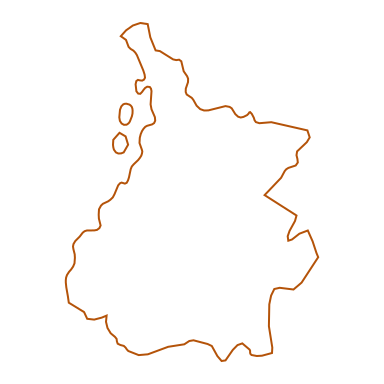 the border of Hautes-Pyrénées
{"feature_id": "FRA-5305", "entity_name": "Hautes-Pyrénées", "entity_type": "Metropolitan department", "adm_level": 1, "iso_a3": "FRA", "parent_name": "France", "parent_adm1": "", "projection": "albers", "projection_center": [0.066, 43.14], "detail": "fine", "context": "isolated", "style": "outline", "palette": "amber", "viewbox_px": 384, "rotation_deg": 0, "n_neighbors": 0, "source": "natural_earth", "source_scale": "10m", "svg_char_len": 2884}
<svg xmlns="http://www.w3.org/2000/svg" viewBox="0 0 384 384"><path d="M94.2,319.6L87.2,318.8L84.1,312.1L68.8,302.7L67.9,296.4L66.3,287.3L65.8,282.5L65.8,280.1L66.1,277.6L67.0,275.0L69.0,271.9L71.1,269.5L73.1,266.6L74.5,263.3L74.9,257.8L74.7,254.3L73.4,249.1L73.0,246.5L73.5,244.0L75.3,241.0L79.7,236.6L82.7,232.7L84.6,231.2L86.8,230.5L94.3,230.4L97.0,229.9L99.4,228.1L100.6,225.5L98.9,218.6L98.7,214.7L99.0,209.3L101.0,205.6L102.9,203.8L108.2,201.3L110.4,199.7L112.8,197.4L114.5,194.2L118.2,185.3L120.1,183.2L121.6,182.6L124.9,183.6L126.7,182.8L128.0,180.4L129.0,177.3L130.7,169.2L131.8,166.5L133.7,164.3L138.1,160.1L140.0,157.7L141.3,155.6L142.0,153.4L142.3,151.4L141.9,149.8L139.5,143.0L139.8,137.7L140.7,134.2L142.0,131.1L143.5,128.8L145.3,126.8L147.1,125.8L152.1,124.4L154.1,123.1L155.2,120.7L154.9,117.2L151.5,109.3L150.6,104.4L151.5,91.1L151.0,88.7L149.8,87.0L147.2,86.7L145.2,87.9L143.6,89.8L142.1,91.9L140.3,93.8L138.2,93.6L136.4,91.3L135.6,84.3L136.3,81.1L137.9,79.9L140.0,80.4L142.2,80.6L144.0,79.6L145.0,77.7L144.6,74.6L143.3,70.5L136.9,55.1L135.3,52.6L133.4,50.6L130.6,48.9L128.6,46.9L126.0,39.9L120.8,36.2L126.1,30.3L132.9,25.5L140.3,23.0L147.7,24.1L150.3,37.3L155.6,50.4L159.9,51.1L173.1,59.4L176.3,60.1L179.1,59.7L181.3,61.3L183.7,71.3L187.1,76.2L188.1,78.7L188.0,82.2L185.8,88.6L185.7,92.0L186.7,94.5L191.8,97.9L193.3,99.8L196.6,105.7L200.2,109.1L204.1,110.5L208.3,110.4L225.5,106.1L229.6,106.9L231.7,108.3L235.3,114.1L238.1,116.7L240.7,117.5L243.5,116.9L247.1,115.1L248.5,113.7L249.3,112.4L250.1,112.1L251.8,113.9L253.8,117.7L254.6,120.3L255.9,122.1L259.4,123.2L271.3,122.2L307.4,130.4L309.7,137.4L306.8,142.2L297.1,151.4L296.5,155.2L297.4,158.9L297.8,162.5L295.7,165.5L288.4,167.9L286.2,169.3L284.7,171.1L281.1,177.8L264.6,195.1L296.5,215.5L295.0,221.0L289.6,230.8L287.7,236.2L288.3,240.7L292.0,239.5L299.4,233.7L307.8,230.5L312.6,241.3L316.5,253.1L318.2,257.2L301.6,282.6L293.5,289.5L279.7,287.8L274.3,289.0L271.1,295.6L269.3,304.3L268.9,326.2L272.3,347.6L272.0,353.0L262.0,355.7L256.8,356.0L251.5,355.0L250.3,353.7L250.1,352.3L250.1,350.8L249.6,349.6L242.3,343.4L237.5,345.1L232.8,349.9L225.5,360.4L221.6,361.0L217.4,356.1L211.8,346.0L207.6,344.0L193.5,340.3L189.3,341.0L184.3,344.3L168.2,346.8L147.9,354.3L138.7,355.1L128.3,351.0L126.8,349.4L125.6,347.6L123.8,345.9L120.4,345.0L117.7,343.7L116.9,341.4L116.6,338.9L115.0,336.9L110.7,333.3L107.5,328.0L106.0,321.8L106.6,315.6L101.8,317.6L94.2,319.6ZM119.5,132.8L125.6,136.4L128.1,144.7L123.7,152.4L121.1,153.4L118.3,153.5L115.9,152.4L113.9,149.6L113.3,147.3L113.0,144.8L113.3,139.8L119.5,132.8ZM126.4,103.7L129.5,104.6L130.8,105.6L131.8,106.9L132.4,108.7L132.6,110.6L132.5,113.5L131.9,116.3L129.9,121.4L129.2,122.6L128.3,123.5L127.4,124.2L126.5,124.7L123.9,124.8L121.6,123.5L119.9,120.9L119.3,117.3L120.0,109.8L121.3,106.4L123.3,104.3L124.8,103.8L126.4,103.7Z" fill="none" stroke="#b45309" stroke-width="2"/></svg>